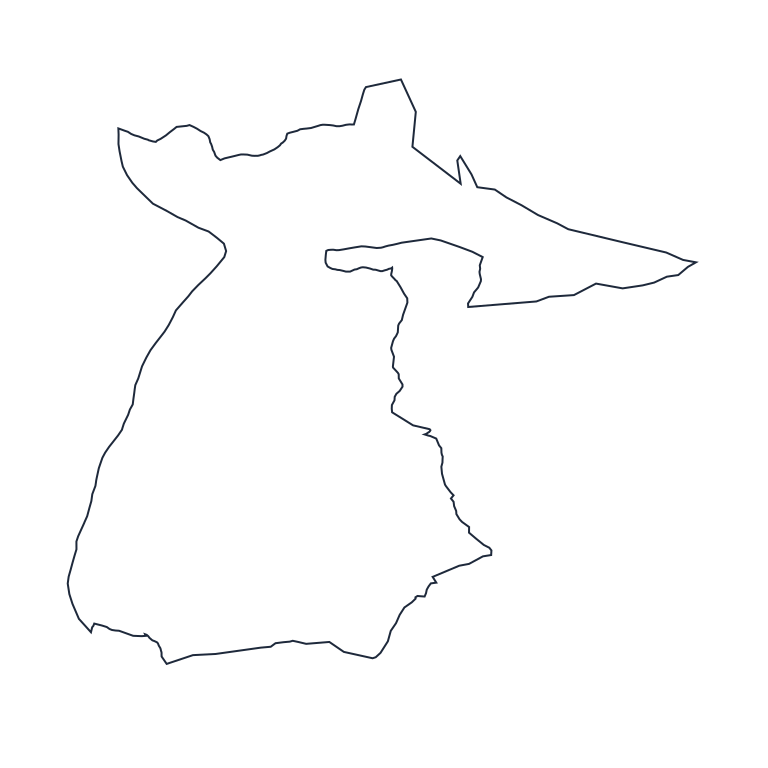 Ideato North, Imo, Nigeria, rotated 277°
{"feature_id": "59680162B2351853936587", "entity_name": "Ideato North", "entity_type": "district", "adm_level": 2, "iso_a3": "NGA", "parent_name": "Nigeria", "parent_adm1": "Imo", "projection": "equal_earth", "projection_center": [7.158, 5.852], "detail": "fine", "context": "isolated", "style": "outline", "palette": "slate", "viewbox_px": 768, "rotation_deg": 277, "n_neighbors": 0, "source": "geoboundaries", "source_scale": "gbopen_adm2", "svg_char_len": 5114}
<svg xmlns="http://www.w3.org/2000/svg" viewBox="0 0 768 768"><g transform="rotate(277 384 384)"><path d="M605.3,89.2L599.1,90.2L589.8,91.2L582.7,93.2L573.3,96.3L567.9,98.3L560.0,103.5L553.0,109.7L548.3,114.9L543.5,121.2L534.8,132.7L532.0,140.2L529.3,147.3L524.5,158.8L522.1,167.2L516.5,180.8L514.0,191.3L513.1,192.9L508.5,200.7L503.8,208.0L496.7,211.1L490.5,210.0L480.4,203.6L472.7,198.2L467.3,194.0L459.6,187.6L452.6,182.3L447.2,179.1L441.0,174.8L431.7,168.5L424.7,166.3L419.6,164.4L416.2,163.1L409.2,159.8L403.8,156.6L396.8,152.4L389.1,148.1L381.3,144.9L372.1,141.7L359.5,139.4L352.6,137.3L348.4,137.2L344.8,137.2L338.5,137.1L333.1,137.1L327.7,134.9L322.2,133.8L314.7,131.2L312.9,130.6L308.1,129.7L306.7,129.5L300.5,126.3L288.1,118.8L282.3,115.8L281.9,115.6L276.5,113.5L270.4,112.2L269.0,111.9L265.6,111.2L255.8,110.3L253.1,110.1L251.4,110.1L247.7,110.0L243.6,109.0L239.1,107.9L232.1,107.8L225.1,106.7L216.6,105.5L211.1,103.8L210.1,103.5L209.6,103.4L202.6,101.2L195.6,99.0L190.2,97.9L182.4,98.9L176.1,97.8L169.1,96.7L161.4,95.6L154.4,94.5L147.4,94.4L137.1,97.3L127.8,101.6L113.7,109.8L107.4,117.1L101.9,123.4L107.0,124.0L108.5,125.0L110.9,125.6L109.9,133.5L109.0,138.5L107.4,141.4L106.7,144.0L106.6,147.6L106.8,151.0L106.6,152.0L103.5,165.7L104.2,174.3L105.0,178.2L106.5,177.3L106.1,179.0L104.9,180.8L103.4,182.2L102.9,183.0L101.8,184.6L101.3,185.5L100.9,187.3L100.2,189.4L99.8,190.4L99.2,191.0L98.7,191.4L96.8,192.4L94.7,194.1L93.7,194.6L92.0,195.2L91.0,195.7L90.0,196.0L88.2,196.2L86.4,196.5L79.7,202.4L91.6,227.4L95.5,249.7L107.3,293.8L109.4,303.6L113.5,307.9L115.5,315.8L116.8,321.9L118.0,324.7L117.5,330.4L116.6,338.4L121.3,361.2L113.2,376.8L110.4,406.1L111.8,409.1L116.7,413.3L129.1,419.2L139.8,420.8L148.1,425.1L156.8,427.7L164.7,431.5L170.7,438.2L174.8,441.5L176.1,441.2L177.7,443.1L177.8,446.3L178.0,450.2L181.5,451.2L185.1,451.5L188.5,452.9L191.8,454.8L193.2,460.1L198.5,455.8L212.8,480.8L215.8,490.3L225.0,503.2L227.3,511.2L231.9,510.9L234.3,508.5L236.4,502.7L241.6,494.4L246.8,486.5L252.4,485.9L256.6,478.3L258.9,475.5L263.7,471.7L266.8,471.1L271.3,468.5L275.6,467.4L278.5,464.4L282.0,466.6L284.6,463.4L290.1,458.0L291.6,456.8L302.0,452.5L308.9,451.0L313.1,451.6L316.3,451.3L319.2,451.1L320.8,450.1L322.8,449.4L327.3,448.7L329.8,446.1L336.2,442.5L338.0,436.3L338.2,434.2L338.9,430.5L339.7,432.1L341.0,433.5L341.9,434.7L342.9,435.4L343.8,435.7L344.7,434.8L346.5,417.9L356.9,395.5L360.4,394.7L364.1,394.4L369.1,396.4L372.6,396.2L375.8,397.5L379.0,400.4L383.6,402.7L385.8,402.4L391.3,398.0L395.5,397.4L396.8,396.4L401.4,391.0L402.3,390.7L412.3,390.6L418.8,387.2L420.7,386.7L427.6,387.7L430.3,388.5L433.0,390.1L436.9,391.4L443.8,391.0L445.8,391.6L449.6,393.9L455.0,394.5L467.6,397.3L471.9,396.6L476.1,392.9L482.1,388.6L487.8,384.0L488.4,382.8L489.7,381.4L490.8,380.0L491.8,378.8L492.7,377.9L493.5,377.8L494.5,377.8L496.2,378.0L497.5,378.1L499.6,378.1L500.5,377.9L499.9,377.3L499.3,376.2L499.0,375.0L497.8,373.1L496.8,370.6L495.8,368.5L495.6,366.8L495.9,364.8L496.4,361.8L496.2,359.3L496.9,356.0L497.4,351.9L497.3,348.7L496.8,346.9L495.7,344.8L494.6,343.0L494.0,340.8L492.5,338.4L491.4,336.6L490.9,332.6L491.3,329.8L491.7,326.2L491.6,323.7L491.9,321.8L491.9,318.8L492.6,316.6L493.8,313.7L497.3,311.3L500.1,310.7L505.3,310.5L509.1,310.5L510.2,312.3L510.7,314.7L511.1,317.2L511.0,320.5L511.4,323.0L512.7,327.5L514.4,332.9L515.9,337.9L517.9,344.8L518.2,348.8L518.1,360.2L518.9,364.4L519.6,366.3L520.7,368.6L521.9,371.6L523.2,375.8L524.8,380.2L526.4,384.3L534.2,413.2L533.4,422.8L529.2,442.3L526.0,455.6L522.0,466.5L513.5,464.6L510.1,465.4L507.0,465.1L504.9,465.6L499.8,467.5L497.9,467.6L491.3,465.7L489.4,464.5L485.9,462.2L481.3,461.1L474.2,457.6L470.7,458.2L484.5,525.2L490.7,537.1L495.4,561.7L509.5,582.2L508.0,609.2L513.4,628.7L517.6,639.8L525.0,651.7L528.0,662.8L537.3,671.4L542.8,678.8L543.6,665.7L548.9,648.1L553.8,603.5L560.1,548.0L564.6,536.3L570.5,516.2L578.2,498.7L584.1,482.8L590.5,470.3L590.7,452.6L602.7,445.3L619.5,431.9L614.8,429.5L592.1,435.7L622.9,383.3L658.0,382.4L688.3,363.7L676.5,329.9L673.7,328.6L668.8,327.7L662.1,326.7L653.7,325.0L643.8,323.5L637.9,322.5L637.6,320.1L637.5,318.4L637.1,316.6L636.6,314.6L635.3,311.3L634.5,308.6L634.1,305.3L634.4,302.1L634.4,298.7L634.1,293.8L633.9,291.7L633.2,289.3L632.2,287.2L630.4,283.1L629.2,280.4L628.1,276.0L627.5,273.2L626.6,269.7L624.8,267.2L623.1,262.9L621.9,259.8L620.7,257.5L618.3,257.0L615.6,256.9L613.4,255.8L611.2,254.0L610.1,252.6L608.2,251.6L606.1,249.6L603.5,246.6L600.8,242.2L599.0,239.7L597.0,236.0L596.4,234.1L595.8,232.9L595.1,230.9L594.7,227.8L594.5,225.0L595.0,220.5L594.7,216.6L594.4,214.1L593.7,212.0L592.3,208.4L591.2,205.5L590.1,202.5L588.5,198.2L586.3,194.3L587.3,192.6L588.3,190.9L590.1,188.9L593.7,187.1L595.7,185.5L598.5,184.5L601.3,183.1L602.6,182.1L605.7,181.1L608.6,179.5L610.1,177.4L611.5,174.7L612.7,171.2L614.6,167.3L616.0,163.6L617.3,159.4L616.2,156.8L613.9,146.8L611.5,144.5L607.6,140.5L604.2,137.3L600.0,132.3L598.1,129.3L596.5,128.0L596.6,125.0L597.3,120.6L597.7,119.9L598.2,116.2L599.8,110.4L600.4,106.0L601.4,102.5L603.1,99.1L603.8,95.7L605.3,89.2Z" fill="none" stroke="#1e293b" stroke-width="2"/></g></svg>